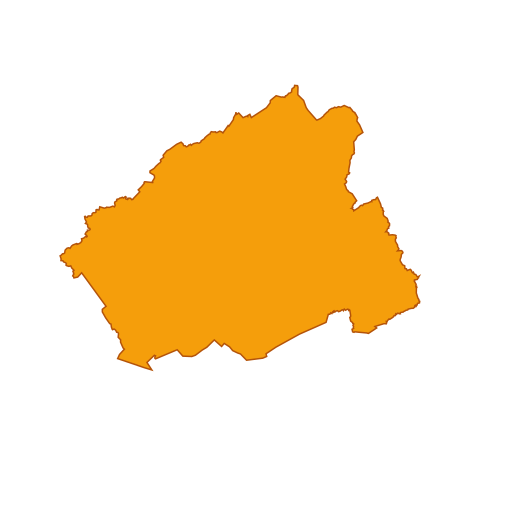 Libertador General San Martín, San Luis, Argentina, rotated 226°
{"feature_id": "61730980B21399673280914", "entity_name": "Libertador General San Martín", "entity_type": "district", "adm_level": 2, "iso_a3": "ARG", "parent_name": "Argentina", "parent_adm1": "San Luis", "projection": "robinson", "projection_center": [-65.814, -32.574], "detail": "fine", "context": "isolated", "style": "filled", "palette": "amber", "viewbox_px": 512, "rotation_deg": 226, "n_neighbors": 0, "source": "geoboundaries", "source_scale": "gbopen_adm2", "svg_char_len": 6165}
<svg xmlns="http://www.w3.org/2000/svg" viewBox="0 0 512 512"><g transform="rotate(226 256 256)"><path d="M390.8,238.8L389.6,237.6L385.2,238.8L384.2,238.6L382.6,237.2L381.4,232.6L380.1,233.1L386.7,227.6L386.8,227.3L386.7,226.6L385.9,226.1L385.4,221.9L385.4,217.2L382.9,217.0L382.5,206.8L382.3,206.7L382.9,205.7L384.6,205.9L385.7,205.0L386.5,203.9L385.9,203.5L385.8,202.9L387.5,202.0L388.0,202.3L388.5,203.5L389.5,203.3L389.8,200.9L391.2,200.6L391.4,199.5L392.2,198.5L392.5,196.6L393.4,195.6L393.2,194.8L392.4,194.3L392.9,191.9L392.3,191.0L390.3,189.9L389.7,188.3L391.3,187.7L392.7,184.4L394.9,182.4L394.7,182.1L395.8,180.1L399.9,177.8L398.2,175.1L399.0,174.3L399.9,174.0L400.3,173.0L398.7,171.3L399.0,170.3L400.2,169.0L400.3,167.6L399.4,166.4L399.3,165.7L400.0,164.4L400.9,163.7L401.4,162.8L401.0,161.5L402.1,160.7L403.3,160.7L403.4,160.1L401.4,158.7L398.2,157.7L397.9,155.9L395.8,156.8L394.2,155.5L392.6,154.8L391.5,155.6L390.7,155.4L390.3,155.1L390.3,154.2L391.7,152.7L390.7,151.8L391.2,150.8L390.5,148.3L388.3,148.5L387.3,148.0L387.4,147.5L387.9,147.7L388.4,147.2L388.6,144.3L389.6,142.5L387.8,141.3L387.4,139.3L387.8,137.3L388.6,135.5L389.0,135.9L389.5,135.7L391.1,132.1L391.3,130.3L390.7,127.5L391.7,127.2L392.3,126.6L392.9,125.3L392.8,122.8L391.1,120.4L391.3,119.2L392.0,118.3L391.9,116.1L392.2,115.2L389.3,113.8L388.2,112.5L386.7,113.8L385.4,113.5L383.4,114.4L382.1,114.2L381.5,113.0L380.5,113.1L378.5,114.2L377.6,115.9L375.3,115.1L372.4,115.2L372.0,115.0L372.3,113.9L372.1,113.6L370.1,112.9L369.9,112.2L369.2,111.9L369.3,111.1L369.0,110.3L368.0,110.4L366.7,109.8L364.7,113.1L365.0,118.9L324.0,113.2L324.4,108.4L322.5,106.6L316.0,104.9L309.0,103.8L307.8,104.4L305.3,102.6L303.0,101.6L302.5,101.7L302.4,102.6L301.8,103.3L300.0,103.5L298.0,102.8L297.1,103.5L296.5,103.5L295.6,103.1L293.3,100.4L289.8,100.4L288.1,98.7L282.1,96.5L280.4,96.6L280.0,89.5L278.3,85.2L253.4,98.0L246.4,101.9L255.2,103.6L255.2,113.9L254.0,114.4L253.5,113.0L252.6,112.2L251.8,112.3L243.3,134.2L234.8,133.8L228.3,140.0L226.7,143.5L225.7,152.0L224.5,157.2L224.6,167.7L214.8,168.4L215.2,172.4L209.0,173.9L204.1,173.5L198.8,175.5L196.3,176.8L187.6,176.8L177.8,189.9L176.3,193.9L178.7,195.3L176.6,207.0L169.6,233.0L159.6,260.3L163.8,267.5L162.8,268.7L163.2,270.3L161.9,270.6L162.4,272.1L161.7,272.2L161.5,272.7L162.4,273.3L162.4,274.1L160.9,274.0L160.7,275.5L160.1,276.6L158.6,276.7L157.9,278.1L157.4,280.7L156.8,281.1L156.0,280.9L156.5,282.6L154.8,282.7L154.2,284.9L153.0,285.6L152.8,285.0L152.3,284.8L151.7,285.7L147.6,282.9L146.7,281.9L146.7,280.8L143.4,278.9L141.1,279.2L140.3,278.8L139.5,279.2L139.1,278.8L138.8,277.6L137.6,277.3L137.2,276.5L136.1,275.9L136.6,274.2L134.3,272.8L133.0,273.5L132.8,274.4L123.8,282.1L122.2,283.1L120.4,292.8L122.7,292.6L118.4,301.1L116.7,302.6L117.1,303.4L118.3,304.2L117.7,304.5L118.3,306.0L118.1,307.1L118.3,308.0L117.5,308.3L116.9,311.4L116.8,312.9L117.2,313.9L116.4,314.8L117.3,316.4L116.3,316.6L116.6,317.7L116.3,318.4L114.9,318.9L114.2,319.7L114.9,320.1L114.9,320.8L113.4,323.0L113.4,324.2L113.0,324.7L112.9,325.9L111.8,327.7L112.1,328.5L110.4,331.4L109.2,332.7L109.0,334.1L110.0,336.0L109.7,336.8L108.6,336.2L108.9,337.9L109.7,339.3L108.7,341.0L109.7,342.3L110.4,342.0L111.7,343.0L113.0,343.1L118.0,345.6L121.5,349.1L121.6,349.7L122.3,349.5L122.6,350.4L123.2,350.0L124.4,351.5L128.0,352.4L127.9,352.8L128.7,353.4L127.1,355.8L127.5,356.8L127.4,357.8L127.9,358.2L128.2,359.3L128.5,358.1L129.3,357.6L131.7,358.1L133.0,357.2L135.0,358.0L135.1,357.0L135.4,356.9L138.1,357.8L139.3,357.7L140.5,354.7L142.3,355.3L143.5,354.4L145.7,356.2L147.9,355.3L151.3,356.1L152.6,356.5L153.3,357.2L154.5,359.7L156.2,361.8L156.2,363.8L156.6,364.2L157.8,364.6L159.1,364.2L161.4,361.4L161.5,362.8L161.9,363.8L164.4,364.4L165.5,365.4L169.6,366.4L171.3,368.0L171.6,369.5L172.6,369.9L173.4,370.9L174.5,370.5L176.5,368.9L178.7,366.2L179.9,366.7L179.9,367.2L180.3,367.4L182.5,367.1L183.3,366.2L183.5,368.1L184.2,369.3L184.2,370.3L183.8,370.7L185.1,371.9L185.0,373.0L186.4,374.5L187.2,374.7L188.8,374.4L189.3,375.3L191.9,376.5L196.0,375.8L197.7,376.5L199.5,378.4L199.4,378.9L200.1,379.1L201.0,378.8L201.4,379.6L202.6,380.4L203.8,379.9L207.0,381.8L213.9,384.2L214.2,383.1L213.5,381.2L214.7,379.9L215.6,377.9L214.8,377.1L215.1,377.0L216.3,373.4L218.6,369.5L218.2,367.7L219.2,367.2L219.7,366.1L219.5,363.2L220.6,357.7L221.7,358.5L222.6,357.9L223.6,358.4L223.9,358.1L223.7,359.4L224.7,359.7L225.4,362.0L225.6,363.1L225.3,364.2L225.8,364.6L225.8,366.8L233.9,368.4L238.2,367.1L239.0,367.6L240.9,367.4L243.5,368.7L246.3,369.7L246.0,371.9L246.7,373.0L249.4,373.5L249.8,375.9L251.2,378.0L250.4,379.9L250.7,381.1L252.1,380.9L254.5,383.8L257.7,388.4L259.6,390.0L260.3,392.7L261.6,394.3L261.8,395.8L261.4,397.3L261.8,398.4L263.2,399.1L264.0,400.4L270.3,405.6L270.5,408.7L271.8,412.2L270.6,418.7L278.4,421.6L283.0,422.3L284.6,424.4L284.8,425.2L289.0,426.4L289.6,426.2L290.4,426.8L293.0,426.0L293.5,426.4L297.7,426.7L298.1,425.9L303.0,424.0L304.2,420.4L306.2,419.0L306.7,417.0L308.5,415.8L308.6,414.3L309.5,413.2L310.3,410.2L309.8,408.0L310.1,407.2L310.1,402.8L309.7,401.9L310.1,397.8L311.4,394.3L311.7,394.0L324.6,394.6L327.9,395.2L334.8,398.3L342.7,398.1L343.2,398.3L348.3,403.5L349.7,404.2L351.9,402.3L350.8,400.6L351.3,398.3L350.3,396.6L349.3,395.6L349.6,393.8L350.4,392.4L350.1,391.4L350.2,389.1L350.7,388.5L350.1,387.0L350.6,386.9L350.8,386.3L351.7,385.9L352.7,384.6L357.3,381.8L357.9,374.3L356.3,372.6L355.4,366.5L358.8,348.8L362.2,350.0L362.8,347.6L362.0,346.9L363.3,346.2L364.5,342.8L370.9,342.9L371.3,340.5L373.4,341.4L372.2,339.9L371.1,336.1L369.8,334.4L368.2,326.6L369.2,326.6L367.5,317.7L368.8,317.6L371.0,316.7L371.9,313.6L372.7,312.9L373.4,313.2L374.9,311.4L376.5,310.2L376.3,308.7L375.7,307.8L376.2,306.9L376.5,304.3L376.6,301.3L376.2,300.6L376.9,296.5L376.4,295.9L376.5,293.8L377.1,293.0L378.2,292.5L380.1,289.4L380.6,287.5L380.5,286.4L381.9,286.4L381.9,285.6L382.5,285.0L382.3,284.1L382.7,282.0L383.4,281.6L384.5,281.7L385.7,280.6L387.5,281.4L389.9,281.2L391.5,276.5L392.6,268.1L393.6,265.0L393.0,259.2L391.1,258.1L391.6,254.2L391.3,253.7L390.2,253.6L389.7,251.9L390.0,250.3L390.1,246.3L389.8,243.5L390.8,238.8Z" fill="#f59e0b" stroke="#b45309" stroke-width="1.5"/></g></svg>